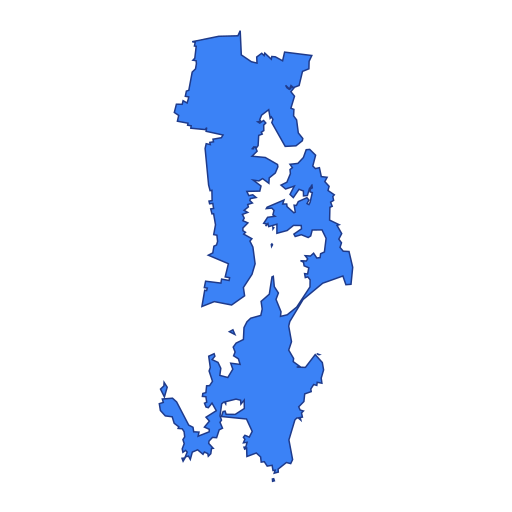 the district of Kingborough, Tasmania, Australia
{"feature_id": "25037944B97802920285494", "entity_name": "Kingborough", "entity_type": "district", "adm_level": 2, "iso_a3": "AUS", "parent_name": "Australia", "parent_adm1": "Tasmania", "projection": "natural_earth1", "projection_center": [147.285, -43.214], "detail": "fine", "context": "isolated", "style": "filled", "palette": "blue", "viewbox_px": 512, "rotation_deg": 0, "n_neighbors": 0, "source": "geoboundaries", "source_scale": "gbopen_adm2", "svg_char_len": 6093}
<svg xmlns="http://www.w3.org/2000/svg" viewBox="0 0 512 512"><path d="M192.2,41.7L195.2,42.3L194.4,46.0L196.2,46.3L194.8,58.2L192.9,60.2L196.1,60.7L196.4,63.7L195.5,68.9L192.2,72.1L188.8,90.3L186.4,91.1L185.3,96.3L188.7,96.9L188.3,99.0L187.1,103.0L183.1,100.7L182.2,104.3L176.4,104.2L174.3,112.5L178.7,115.4L177.4,121.2L188.0,123.2L187.6,125.2L191.2,125.8L190.8,128.2L205.2,129.6L206.7,127.6L206.1,131.3L223.0,135.0L221.4,137.7L213.0,139.2L213.5,141.8L209.8,142.4L210.3,144.6L206.2,143.7L205.1,148.5L208.6,185.0L210.1,190.7L211.9,190.3L212.1,200.6L209.0,201.1L209.6,203.8L212.8,203.4L213.6,208.5L210.7,208.9L212.0,213.9L213.6,213.7L215.5,224.8L213.7,234.6L216.9,235.2L217.6,241.4L216.5,245.0L213.9,246.2L212.8,252.9L208.3,255.2L228.4,263.7L225.2,276.9L229.6,277.7L229.1,280.5L221.6,279.1L220.9,283.1L205.6,281.2L204.3,287.6L207.3,288.1L206.6,290.6L204.7,290.3L201.9,306.5L214.3,301.6L231.6,305.0L244.6,295.8L243.4,287.5L252.0,274.3L255.1,263.8L252.9,247.1L249.9,241.1L251.9,238.7L243.7,234.1L245.5,232.3L242.9,230.7L242.9,228.0L247.9,222.9L242.9,220.7L244.2,218.1L242.4,214.4L247.7,212.4L244.1,210.3L248.4,206.9L247.7,204.5L252.4,203.0L249.8,200.5L250.4,198.6L256.1,197.5L252.8,194.8L248.8,195.6L246.8,191.4L259.8,191.1L261.0,186.0L253.2,180.1L258.9,180.9L262.6,178.6L268.9,183.3L269.2,177.9L275.3,173.0L277.9,166.8L277.5,164.5L265.3,157.5L252.0,156.2L257.1,151.2L255.6,147.5L253.9,147.4L253.1,148.9L252.3,148.7L253.8,146.9L255.7,147.0L256.4,147.9L258.1,145.6L258.7,135.4L262.2,134.1L261.3,132.2L263.8,130.6L263.7,125.1L265.8,123.0L263.6,120.5L259.7,123.1L257.7,121.8L260.8,121.1L259.7,119.7L261.6,115.1L268.7,109.7L270.2,118.2L271.3,116.8L272.9,119.3L271.8,122.6L285.2,146.4L296.0,145.8L302.3,140.8L302.8,138.5L298.3,132.9L296.6,119.9L293.6,115.9L293.9,109.4L290.9,108.2L294.5,96.2L290.9,91.7L294.0,87.9L293.1,87.8L291.2,86.3L291.1,87.8L290.0,89.1L289.0,89.2L286.9,87.7L285.6,85.3L289.5,89.1L291.0,85.5L293.4,87.6L299.1,85.5L302.5,71.4L308.9,68.8L309.1,61.3L311.8,55.5L284.6,52.1L282.6,60.8L275.3,56.8L271.8,56.5L271.3,59.2L264.8,53.1L264.1,55.6L261.7,53.3L256.7,57.0L257.0,63.1L251.3,61.7L241.3,54.9L240.2,30.7L237.9,35.8L218.7,36.3L192.2,41.7ZM276.9,224.2L276.9,233.3L287.2,230.5L293.5,225.4L301.2,225.5L301.5,228.8L293.9,234.1L295.2,236.5L301.3,234.7L308.2,237.5L310.7,235.9L312.2,230.0L322.0,229.9L326.1,238.3L324.4,252.0L320.6,253.7L320.1,257.6L316.8,258.0L313.6,253.2L310.5,256.0L305.2,255.7L307.7,258.9L306.3,261.0L300.5,260.7L303.5,262.2L304.1,265.8L308.8,267.8L307.6,274.0L304.6,273.6L305.3,277.6L307.8,276.9L310.1,279.8L310.0,286.9L296.7,307.1L287.2,314.8L280.5,316.4L281.0,311.8L276.0,299.4L278.4,293.0L274.3,286.7L273.3,276.3L272.0,276.9L269.3,294.2L261.1,301.4L262.2,309.1L260.8,315.4L250.7,318.2L247.0,321.7L244.0,327.6L243.4,339.5L236.1,343.1L233.2,347.1L235.1,352.0L233.6,355.8L238.4,358.8L240.1,364.4L230.7,363.2L232.8,369.2L227.8,377.5L219.8,375.4L220.8,368.3L218.0,362.4L212.1,359.6L214.9,356.2L214.1,353.7L208.7,356.2L210.3,367.5L209.1,371.0L212.5,381.3L209.6,385.6L206.6,385.8L205.9,392.6L202.8,393.5L202.4,396.4L205.9,396.7L206.7,402.2L204.5,403.2L206.0,407.0L208.3,407.7L212.0,403.1L216.3,410.7L206.0,417.2L209.4,421.1L204.4,427.1L209.3,429.3L209.2,431.8L198.1,436.2L199.0,432.1L193.7,431.8L193.0,427.3L188.7,425.1L176.6,401.9L172.5,398.2L162.3,399.0L163.3,402.4L159.3,403.7L160.4,410.5L165.3,415.9L172.2,416.8L174.2,423.3L178.8,426.8L178.1,428.4L182.2,428.8L184.1,431.7L184.7,436.9L182.9,439.6L184.2,443.6L182.2,448.9L182.9,452.3L185.6,450.4L187.2,452.1L185.2,456.9L188.5,456.1L190.3,459.4L192.3,452.1L197.6,449.8L203.0,454.3L204.4,452.0L207.8,453.6L208.3,456.2L210.8,453.7L211.5,448.5L213.2,448.3L208.7,443.4L209.0,441.1L212.5,437.4L216.6,437.7L219.2,429.8L222.5,428.2L220.0,422.3L221.5,420.1L220.0,415.9L221.7,403.8L223.6,402.2L236.0,399.1L240.6,400.2L240.9,404.1L244.2,400.1L244.3,408.5L235.2,414.4L226.1,414.3L225.1,411.1L223.1,411.5L221.4,416.5L246.5,419.0L252.2,431.4L249.3,437.1L244.9,435.3L243.4,437.3L244.9,439.3L243.4,442.8L247.1,442.3L245.8,447.0L244.0,447.2L244.7,449.1L246.6,448.2L246.9,456.5L256.3,453.0L260.6,456.9L261.2,462.1L264.3,461.7L267.2,466.1L272.1,465.3L273.0,470.5L275.2,470.2L274.2,473.2L278.3,472.1L278.1,469.1L286.4,462.5L290.7,463.6L292.6,459.6L288.9,439.9L294.9,419.9L296.7,418.1L302.4,417.1L301.5,412.9L303.4,411.0L300.1,410.0L298.7,406.8L303.9,401.5L304.7,393.9L311.2,391.6L310.8,389.0L313.7,384.5L316.8,385.4L317.2,382.3L321.9,383.2L321.2,378.1L323.6,369.9L322.3,362.5L315.2,354.6L305.4,367.4L296.7,367.1L299.9,366.5L293.2,361.6L293.6,358.5L288.7,350.1L291.5,341.7L288.7,326.1L289.8,321.5L303.1,299.5L322.7,283.2L342.9,276.0L345.9,284.7L351.0,284.3L352.7,267.3L349.0,251.5L343.2,251.2L340.0,247.4L341.5,242.8L338.8,239.1L341.7,233.6L337.0,225.4L339.1,224.7L329.6,220.1L329.9,207.3L332.2,206.3L330.6,202.2L333.6,200.4L332.8,196.5L334.3,194.8L328.0,190.5L329.1,186.3L324.8,181.6L327.1,177.3L321.3,176.6L319.4,167.7L315.4,168.6L312.8,166.0L315.6,155.2L309.7,149.4L306.2,149.7L303.4,157.5L297.9,163.4L290.0,164.3L292.4,167.7L290.0,169.5L290.4,173.7L286.9,182.2L281.0,185.1L285.6,189.0L294.3,186.1L290.0,194.4L293.3,197.6L299.0,189.3L303.4,191.0L303.5,195.9L307.4,195.5L309.5,188.4L310.9,186.9L311.6,185.3L311.9,185.1L312.3,187.9L310.1,189.1L310.2,191.9L312.3,192.6L310.1,202.3L308.9,204.6L307.0,203.6L308.9,200.0L306.9,197.7L298.3,201.6L296.4,205.4L294.1,205.2L295.3,212.1L293.9,212.8L287.0,206.6L286.7,204.0L282.7,204.0L284.0,200.0L267.1,207.2L266.3,208.6L271.8,208.1L274.0,210.4L272.9,214.8L275.0,216.3L267.6,217.3L263.7,223.3L266.5,223.9L265.7,226.1L267.9,223.5L268.7,226.6L276.9,224.2ZM160.5,389.1L164.4,396.9L167.2,387.2L164.1,382.4L163.9,385.9L160.5,389.1ZM234.9,334.5L232.9,329.8L229.4,331.7L234.9,334.5ZM185.0,458.0L182.0,458.3L183.1,461.2L185.0,458.0ZM272.6,481.3L274.4,480.8L273.7,478.7L272.4,479.0L272.6,481.3ZM316.7,353.6L318.9,354.7L319.3,354.6L316.7,353.6ZM271.6,246.4L272.5,244.8L271.9,243.9L271.3,244.5L271.6,246.4ZM272.9,227.2L273.0,228.9L273.8,227.7L272.9,227.2ZM224.7,402.3L225.7,403.9L225.8,403.1L224.7,402.3ZM300.5,418.9L299.3,418.8L300.8,420.1L300.5,418.9Z" fill="#3b82f6" stroke="#1e3a8a" stroke-width="1.5"/></svg>